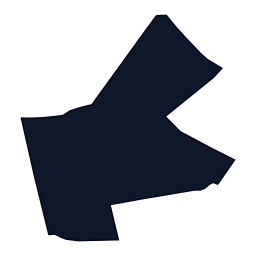 Draganesti-Vlasca, Teleorman, Romania
{"feature_id": "2599482B23402185147760", "entity_name": "Draganesti-Vlasca", "entity_type": "district", "adm_level": 2, "iso_a3": "ROU", "parent_name": "Romania", "parent_adm1": "Teleorman", "projection": "natural_earth1", "projection_center": [25.499, 44.111], "detail": "fine", "context": "isolated", "style": "filled", "palette": "ink", "viewbox_px": 256, "rotation_deg": 0, "n_neighbors": 0, "source": "geoboundaries", "source_scale": "gbopen_adm2", "svg_char_len": 676}
<svg xmlns="http://www.w3.org/2000/svg" viewBox="0 0 256 256"><path d="M48.9,234.5L54.8,234.0L60.6,236.9L61.2,237.2L64.3,238.4L66.2,239.1L74.8,240.2L78.3,240.6L102.0,240.1L109.9,239.9L118.3,239.7L109.9,204.6L140.1,199.1L194.0,190.0L200.4,189.9L204.5,188.3L209.4,184.3L213.1,182.3L217.6,184.1L218.0,183.7L234.5,160.0L211.1,148.2L180.3,131.8L165.1,116.5L188.9,97.2L213.5,77.3L221.8,68.3L206.9,59.3L200.2,53.2L185.0,37.2L176.2,27.5L166.3,15.4L156.7,15.7L155.0,17.7L146.5,29.3L91.9,104.8L80.5,107.6L70.3,110.8L63.1,115.5L55.5,116.5L47.6,117.3L41.2,117.9L29.2,118.3L21.5,118.1L21.5,118.5L34.8,177.3L48.8,234.2L48.9,234.5Z" fill="#0f172a" stroke="#020617" stroke-width="1.5"/></svg>